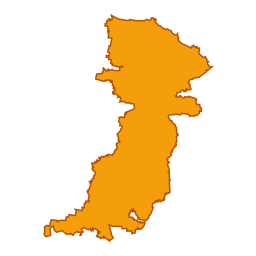 San Andrés Tuxtla, Veracruz, Mexico
{"feature_id": "50627088B42762923799593", "entity_name": "San Andrés Tuxtla", "entity_type": "district", "adm_level": 2, "iso_a3": "MEX", "parent_name": "Mexico", "parent_adm1": "Veracruz", "projection": "albers", "projection_center": [-95.222, 18.463], "detail": "fine", "context": "isolated", "style": "filled", "palette": "amber", "viewbox_px": 256, "rotation_deg": 0, "n_neighbors": 0, "source": "geoboundaries", "source_scale": "gbopen_adm2", "svg_char_len": 5833}
<svg xmlns="http://www.w3.org/2000/svg" viewBox="0 0 256 256"><path d="M95.7,78.9L102.3,81.0L105.2,81.2L106.1,79.9L107.2,80.5L107.9,80.0L110.3,80.3L110.0,81.9L110.7,82.2L110.7,80.8L112.2,81.0L112.5,85.4L113.3,85.4L113.3,87.3L114.7,87.9L114.5,88.9L113.8,88.9L115.0,90.1L114.2,91.4L113.0,91.6L114.3,93.2L112.8,92.9L112.7,93.6L114.1,94.3L114.2,93.5L115.9,93.9L118.2,95.9L117.7,97.4L119.5,96.6L120.7,98.0L120.2,99.4L120.6,100.6L119.7,101.9L123.6,101.4L125.2,102.7L128.4,103.1L129.9,102.6L130.5,103.7L133.7,103.7L134.5,108.8L127.1,111.9L126.6,112.8L126.0,112.8L126.3,112.1L125.5,112.4L126.1,113.7L125.3,114.6L124.8,114.1L124.4,117.6L120.9,116.9L119.1,117.6L119.6,118.1L118.7,122.0L120.3,123.4L119.7,125.6L122.2,126.1L122.2,127.6L120.8,129.1L120.6,130.5L117.2,134.1L118.9,139.8L118.2,140.5L119.9,141.8L116.7,143.3L116.2,145.1L117.0,146.4L116.8,149.6L115.7,149.5L114.2,151.6L114.4,153.1L113.1,153.6L112.2,155.4L108.7,154.3L107.8,155.0L107.9,156.0L106.6,154.9L105.5,156.6L103.8,156.3L103.4,157.2L101.4,156.4L100.5,158.2L99.2,157.3L98.9,158.2L100.2,159.8L98.0,161.2L97.3,161.1L97.4,160.0L96.4,160.3L97.1,161.7L96.6,162.5L94.8,161.9L94.9,163.4L92.0,162.9L92.0,164.8L93.4,166.9L92.6,166.8L92.5,168.6L91.6,169.4L92.9,169.1L93.3,170.9L94.5,171.0L95.2,172.0L95.2,173.8L94.7,175.4L93.7,175.8L93.7,178.6L92.9,178.4L91.2,180.4L92.2,181.1L91.7,182.4L90.9,181.5L89.7,181.6L90.5,182.3L90.0,183.5L90.7,184.5L89.5,188.6L87.9,190.1L88.4,191.3L87.2,191.5L89.2,195.6L88.2,200.3L89.3,200.6L89.0,201.8L85.9,201.1L85.5,203.4L84.4,203.2L84.0,207.8L82.0,207.4L82.2,210.7L75.4,209.4L76.3,210.5L75.3,215.6L69.1,214.6L68.4,217.0L66.3,217.0L65.5,220.4L60.5,220.3L59.4,221.0L57.7,220.7L57.3,221.4L56.9,220.4L51.2,219.8L49.5,225.9L46.7,225.4L44.5,226.9L44.7,231.9L44.1,234.0L45.2,236.3L46.8,236.5L50.7,235.3L50.0,229.3L51.1,227.2L53.2,225.9L54.4,230.2L56.4,232.2L62.0,230.6L66.9,234.5L67.5,233.8L70.2,234.3L70.7,233.3L73.0,235.3L74.8,233.0L77.2,231.5L78.1,232.4L80.7,232.0L81.0,233.0L80.0,235.2L81.0,235.2L81.5,234.4L81.1,233.0L83.1,231.9L81.3,228.9L83.8,227.5L88.2,229.9L89.9,228.6L91.0,229.2L90.7,230.1L91.3,230.9L91.9,230.0L92.9,230.6L92.7,228.4L93.6,229.3L94.2,228.3L98.0,230.3L98.1,231.0L97.5,231.0L97.8,232.7L98.3,231.6L99.7,232.0L96.5,236.0L97.5,237.0L99.4,237.3L100.8,238.6L103.6,236.4L104.3,237.0L103.3,238.7L104.9,237.5L109.0,240.6L108.7,239.8L110.6,240.0L113.3,237.9L111.8,235.6L109.3,225.4L108.3,224.2L112.1,226.2L121.6,226.5L122.2,228.7L126.8,228.5L126.9,231.2L131.5,230.9L132.0,233.7L135.1,232.9L135.2,229.6L138.3,229.2L137.8,228.1L140.5,229.2L141.8,228.5L144.2,225.4L145.1,222.1L143.0,222.1L142.9,222.9L140.3,222.8L140.6,221.8L138.6,222.1L137.1,221.0L137.3,220.4L134.1,220.0L134.1,218.8L132.8,218.8L132.6,217.2L129.2,217.2L129.3,215.1L128.7,214.6L129.2,213.4L130.0,213.4L130.1,211.2L130.9,211.2L130.9,210.2L132.5,210.1L132.5,209.1L133.3,209.1L133.3,211.1L132.6,211.6L135.4,211.3L135.0,212.1L136.1,214.7L136.9,214.7L137.8,217.5L139.4,217.8L137.9,218.0L138.6,219.4L146.3,220.4L148.7,217.7L148.8,215.7L150.3,214.8L153.4,207.4L152.2,206.9L152.6,203.5L155.5,202.5L155.5,200.6L157.0,200.5L157.1,201.8L158.6,201.8L159.0,199.9L159.8,199.9L159.7,200.9L160.7,201.6L162.4,200.1L163.4,200.8L164.7,199.1L163.8,198.5L165.6,194.7L164.9,194.0L165.9,193.0L166.1,193.8L167.9,193.8L168.2,192.6L170.0,192.6L169.3,182.2L170.2,180.0L169.4,179.8L169.3,173.7L168.3,172.6L169.2,172.3L169.2,169.2L167.7,164.9L167.8,163.4L169.5,162.3L167.5,161.1L167.8,159.1L167.1,158.7L170.9,155.7L171.4,154.6L170.9,152.7L171.8,151.3L172.4,151.7L172.7,149.2L174.7,147.3L175.2,145.5L175.9,146.0L176.3,144.2L175.7,143.1L176.7,141.7L176.5,136.5L178.0,135.5L177.9,134.2L176.9,134.2L177.3,133.5L176.4,132.3L176.8,129.8L175.9,127.6L176.4,127.0L175.3,126.2L175.0,124.5L172.2,122.7L172.0,120.9L169.9,120.7L170.1,119.9L168.2,117.1L168.9,115.1L177.9,114.1L179.2,115.0L181.1,114.4L181.8,113.4L188.5,114.3L189.7,116.4L191.9,115.7L194.2,116.3L194.1,115.6L195.2,115.2L196.9,115.6L199.2,113.4L199.5,112.6L199.2,111.4L199.4,110.9L201.3,111.3L201.4,108.2L200.7,108.4L199.7,106.3L200.1,105.4L198.9,104.3L196.9,104.4L195.9,102.5L196.2,100.3L197.1,100.0L196.1,99.9L196.1,98.8L188.7,96.3L188.6,97.2L185.2,96.8L185.2,96.1L184.3,98.0L183.3,98.1L180.6,95.9L179.5,95.9L179.1,97.3L175.8,96.7L175.5,95.9L176.7,95.7L176.9,93.0L180.6,92.0L181.5,90.4L183.4,90.2L183.6,91.4L184.5,91.4L185.4,90.5L185.1,91.5L185.9,91.5L186.2,90.7L185.4,90.7L186.1,88.9L187.5,89.1L187.5,90.0L191.0,89.4L189.9,86.3L190.2,85.0L189.1,84.2L189.3,83.1L188.4,82.1L190.1,79.6L193.2,79.0L193.3,78.2L199.0,77.3L205.6,72.4L206.9,71.0L206.5,70.0L208.1,70.1L211.9,66.9L210.0,67.0L207.6,64.0L207.4,63.1L208.5,61.7L207.0,61.3L206.8,59.0L205.3,57.7L205.5,56.8L203.5,57.5L199.5,54.2L198.6,52.7L199.5,50.3L199.3,48.2L197.3,48.0L197.1,46.9L196.3,47.6L196.0,46.8L195.0,47.0L193.5,45.3L193.0,46.5L192.1,46.0L191.4,48.0L181.5,43.4L179.2,41.3L178.0,38.7L178.6,37.7L177.5,35.9L177.6,33.7L176.5,34.9L173.9,34.5L171.9,32.8L171.1,30.6L169.1,30.4L167.7,28.9L166.7,29.4L162.8,28.2L160.0,25.7L158.6,25.5L155.5,22.2L155.3,21.1L156.2,20.1L155.7,19.0L154.8,18.6L154.1,19.5L153.4,18.1L151.9,17.8L151.0,18.6L150.9,19.9L149.6,20.3L146.3,19.5L144.3,20.8L136.5,20.7L129.6,19.5L129.0,20.4L127.2,20.5L118.2,18.9L111.4,15.4L112.5,18.9L110.6,20.6L109.7,20.2L110.1,19.0L108.3,19.1L107.9,21.2L106.7,21.0L106.4,23.8L105.3,23.6L105.0,25.9L108.1,26.4L107.6,28.4L108.6,29.6L108.0,30.5L109.2,30.7L109.1,31.7L107.8,31.5L108.7,35.3L108.1,37.7L111.9,38.2L110.4,45.9L109.2,45.7L108.0,51.3L107.9,52.3L109.6,52.6L109.0,55.9L106.4,55.5L106.2,57.2L108.7,57.7L108.6,59.5L111.3,59.7L110.8,63.3L112.1,63.5L111.9,64.6L112.8,64.8L112.6,65.6L116.5,66.1L117.0,66.9L122.7,66.2L122.7,66.9L119.5,67.0L119.6,70.5L119.0,70.6L114.5,70.6L112.1,69.5L108.1,70.6L108.6,68.6L106.6,71.2L103.5,68.0L103.0,68.4L103.9,69.8L102.9,70.8L102.5,73.3L96.6,74.1L95.7,78.9Z" fill="#f59e0b" stroke="#b45309" stroke-width="1.5"/></svg>